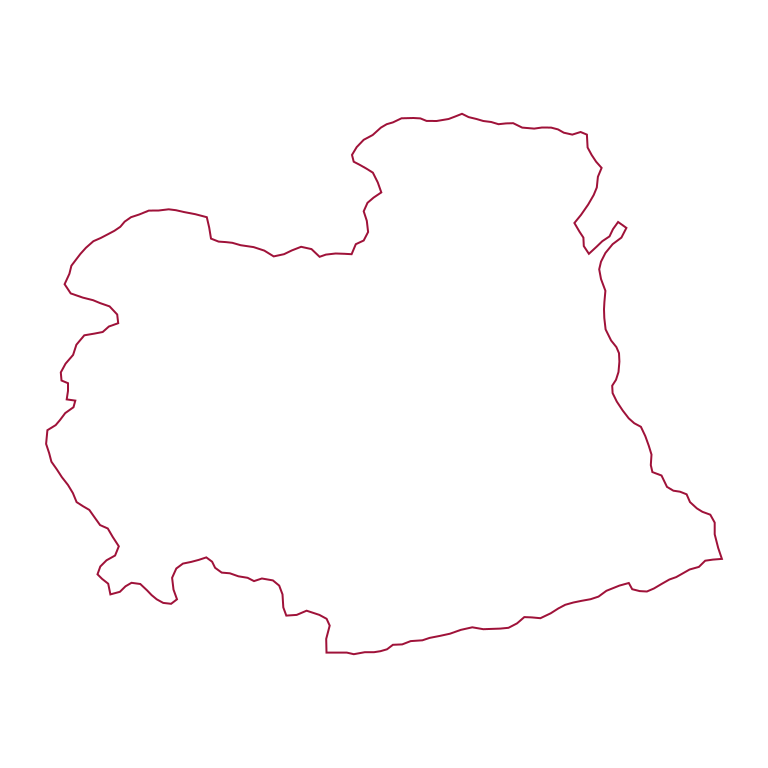 the district of São Gonçalo do Sapucaí, Minas Gerais, Brazil
{"feature_id": "56859067B18713004927046", "entity_name": "São Gonçalo do Sapucaí", "entity_type": "district", "adm_level": 2, "iso_a3": "BRA", "parent_name": "Brazil", "parent_adm1": "Minas Gerais", "projection": "mercator", "projection_center": [-45.596, -21.903], "detail": "fine", "context": "isolated", "style": "outline", "palette": "rose", "viewbox_px": 768, "rotation_deg": 0, "n_neighbors": 0, "source": "geoboundaries", "source_scale": "gbopen_adm2", "svg_char_len": 3401}
<svg xmlns="http://www.w3.org/2000/svg" viewBox="0 0 768 768"><path d="M601.6,167.9L596.1,161.7L591.6,154.9L587.6,147.5L586.9,134.6L580.6,132.0L572.3,134.6L563.8,132.7L558.0,129.4L551.1,127.6L542.1,127.5L534.2,128.6L522.2,127.6L513.2,123.2L506.1,123.4L498.5,124.2L491.2,122.0L483.3,121.0L476.5,119.0L468.6,117.1L462.0,113.8L455.2,116.5L448.6,119.0L436.6,121.0L426.5,120.9L420.4,118.4L413.5,118.0L401.5,118.3L392.9,122.4L386.7,124.2L380.9,127.6L372.7,135.0L363.7,139.8L356.7,147.1L352.0,154.9L353.7,161.7L359.3,164.6L366.4,168.6L372.9,172.7L377.8,182.5L381.3,192.4L373.6,197.6L367.5,202.8L363.7,211.3L366.8,220.8L368.1,232.0L363.7,240.5L355.8,244.2L351.6,254.2L344.4,253.8L335.6,253.5L325.9,254.6L319.6,256.8L311.5,249.1L301.1,246.8L291.9,250.4L284.0,254.2L273.7,256.4L264.3,250.6L253.6,247.1L240.6,245.2L232.3,242.8L225.9,242.1L218.6,241.6L211.0,238.6L209.2,227.6L206.8,217.2L195.3,214.2L183.8,212.0L175.9,210.2L168.7,209.3L158.7,210.5L148.8,210.6L139.2,214.5L131.0,217.2L124.7,221.6L120.3,226.8L114.4,230.8L107.8,234.3L100.7,238.0L93.4,241.2L85.9,247.8L80.4,253.9L76.2,259.4L71.4,265.7L69.4,273.8L64.6,284.2L70.7,293.4L82.8,297.6L93.1,300.2L100.1,303.1L109.6,306.4L117.2,314.5L118.2,323.2L108.9,326.5L102.7,332.0L94.4,333.6L84.3,335.3L76.4,344.7L73.1,354.9L65.6,363.6L60.8,372.4L61.5,380.5L68.0,383.2L68.0,390.9L66.7,399.4L75.3,400.6L73.5,407.2L65.2,413.1L60.1,419.9L55.7,425.1L47.4,430.2L46.1,443.9L49.2,453.3L51.4,461.7L56.9,469.5L61.9,477.2L68.0,485.0L72.9,493.1L76.6,502.1L82.8,506.1L89.3,509.9L94.8,517.7L100.1,525.1L107.8,528.5L112.7,536.9L118.8,546.3L115.1,555.5L106.5,560.3L100.3,566.5L97.5,574.3L102.1,578.9L108.2,583.7L110.4,594.4L119.9,591.8L125.5,586.3L131.5,582.8L140.3,584.0L147.1,590.4L151.6,595.1L156.7,599.3L163.2,602.9L171.1,603.8L177.0,599.3L173.5,589.6L172.1,577.8L176.3,568.5L182.9,563.6L191.2,561.9L198.7,559.9L206.3,557.4L212.1,561.7L215.1,567.8L221.7,572.6L229.9,573.3L238.4,576.3L247.6,577.8L254.0,581.1L261.9,578.5L272.9,580.4L279.2,585.6L282.5,594.4L283.3,607.4L286.3,615.6L296.7,614.9L306.6,610.7L319.4,614.9L326.6,618.8L329.7,625.6L326.2,638.9L326.5,652.6L336.9,652.6L346.8,652.6L353.8,654.2L364.8,652.2L374.0,652.2L380.4,651.2L387.0,649.3L392.9,644.8L402.2,644.4L410.7,641.1L422.4,640.3L429.6,637.9L439.9,635.9L450.0,633.7L460.7,629.9L472.3,627.3L483.3,629.2L491.6,628.9L500.2,628.6L508.5,627.8L517.0,623.4L524.3,617.1L531.8,617.4L540.4,618.2L550.7,613.3L558.4,608.4L565.2,604.8L573.4,602.5L581.7,600.8L590.6,599.2L598.5,596.6L606.4,590.8L619.4,585.6L628.8,583.0L632.2,589.2L639.7,591.1L646.9,591.5L653.9,588.5L661.5,584.0L669.4,579.5L676.2,577.1L682.4,573.6L689.6,569.5L698.9,566.9L705.2,560.7L712.9,559.6L721.9,558.9L718.2,548.0L714.7,534.3L714.7,522.6L710.3,514.7L702.4,511.8L696.9,508.4L690.0,502.1L686.6,494.3L680.0,491.7L673.4,490.7L667.0,486.9L661.5,475.5L652.4,472.1L650.8,465.1L651.5,454.6L648.8,445.8L645.3,436.1L640.9,426.8L634.2,423.2L628.7,418.3L622.7,410.5L616.8,401.6L612.6,393.1L612.2,385.7L616.0,379.8L618.5,372.0L619.4,361.6L619.0,353.2L616.4,347.1L611.1,340.5L605.6,329.4L604.3,318.0L604.0,309.3L604.4,302.0L605.4,290.8L601.0,279.0L599.2,269.3L601.0,261.7L605.4,253.0L612.6,244.2L621.4,237.6L626.4,227.9L618.1,222.0L613.0,229.1L609.5,236.4L602.3,241.2L596.5,246.8L588.9,253.8L583.8,246.1L583.4,237.6L579.5,231.7L574.4,223.0L581.0,214.9L588.2,204.5L593.7,195.0L596.8,187.5L597.9,176.8L601.6,167.9Z" fill="none" stroke="#9f1239" stroke-width="2"/></svg>